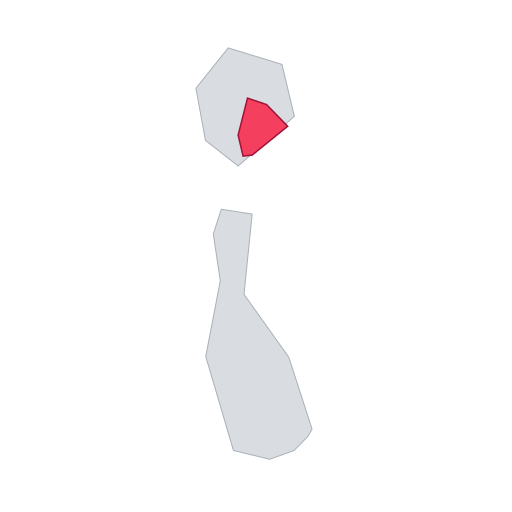 Saint Kitts and Nevis, with Saint Thomas Lowland highlighted, rotated 221°
{"feature_id": "KNA-5110", "entity_name": "Saint Thomas Lowland", "entity_type": "Parish", "adm_level": 1, "iso_a3": "KNA", "parent_name": "Saint Kitts and Nevis", "parent_adm1": "", "projection": "albers", "projection_center": [-62.608, 17.164], "detail": "fine", "context": "in_parent", "style": "filled", "palette": "rose", "viewbox_px": 512, "rotation_deg": 221, "n_neighbors": 0, "source": "natural_earth", "source_scale": "10m", "svg_char_len": 555}
<svg xmlns="http://www.w3.org/2000/svg" viewBox="0 0 512 512"><g transform="rotate(221 256 256)"><path d="M312.8,268.5L286.4,285.1L239.9,219.2L164.8,201.1L100.1,162.1L98.5,153.7L99.7,134.2L112.3,111.6L145.4,94.4L228.0,147.2L266.7,213.9L302.7,244.6L312.8,268.5ZM413.5,394.8L362.1,417.6L318.7,386.6L328.5,312.2L370.0,310.1L411.4,343.2L413.5,394.8Z" fill="#d9dde1" stroke="#a8b0b8" stroke-width="1"/><path d="M317.2,374.7L325.1,329.6L331.3,322.9L348.8,335.5L366.0,369.6L347.4,377.2L317.2,374.7Z" fill="#f43f5e" stroke="#9f1239" stroke-width="1.5"/></g></svg>